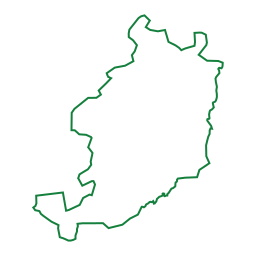 outline of Kusada, Katsina, Nigeria
{"feature_id": "59680162B88881037507986", "entity_name": "Kusada", "entity_type": "district", "adm_level": 2, "iso_a3": "NGA", "parent_name": "Nigeria", "parent_adm1": "Katsina", "projection": "natural_earth1", "projection_center": [7.948, 12.456], "detail": "fine", "context": "isolated", "style": "outline", "palette": "green", "viewbox_px": 256, "rotation_deg": 0, "n_neighbors": 0, "source": "geoboundaries", "source_scale": "gbopen_adm2", "svg_char_len": 2533}
<svg xmlns="http://www.w3.org/2000/svg" viewBox="0 0 256 256"><path d="M128.7,33.5L128.8,37.1L133.1,40.3L136.9,45.2L134.7,51.4L131.9,55.1L133.4,61.2L125.1,65.7L114.8,67.6L106.7,73.2L107.4,75.2L107.7,75.8L108.2,76.9L109.0,77.2L109.3,77.3L109.9,77.7L111.1,78.2L106.0,83.5L98.7,90.5L100.9,94.6L96.4,97.8L88.1,97.9L74.4,108.9L71.7,112.8L71.5,130.2L74.8,130.3L77.7,132.9L79.2,134.3L85.8,134.8L86.1,134.8L91.1,137.1L91.6,137.9L91.6,138.0L88.2,147.3L88.3,147.4L91.8,152.0L92.5,153.0L92.2,154.2L92.1,155.2L91.4,158.2L90.7,161.6L91.2,164.8L88.0,169.2L87.9,169.3L83.2,172.1L79.5,174.4L78.8,176.5L78.3,178.1L78.2,178.2L82.3,185.7L91.9,181.1L93.5,181.1L95.0,184.5L91.8,195.2L89.5,194.6L83.1,198.0L80.6,203.1L79.7,204.9L69.2,209.8L68.8,210.0L66.1,210.7L62.9,192.5L36.2,195.7L36.4,203.4L35.4,206.0L33.3,207.5L35.2,210.2L38.6,210.9L39.4,211.1L40.9,213.9L42.8,215.4L43.1,215.7L51.5,221.7L58.5,225.1L58.1,228.4L59.8,237.2L63.0,238.2L64.7,238.9L68.5,240.6L71.0,240.5L73.2,239.9L75.5,238.8L75.5,235.6L76.1,233.8L77.0,231.4L77.0,229.0L77.9,226.2L77.5,223.8L82.2,223.3L103.0,223.2L108.6,228.1L119.6,225.4L122.4,224.7L130.1,218.5L137.9,214.6L141.7,206.8L142.7,206.8L143.9,207.3L145.4,206.2L146.1,204.5L148.3,203.3L149.5,202.1L150.2,201.8L152.0,202.2L153.2,201.1L153.7,202.2L153.9,203.6L154.7,203.4L156.3,201.4L157.0,198.9L157.8,198.2L159.3,196.8L161.7,196.0L162.7,195.4L162.6,193.7L163.1,193.4L164.2,193.7L164.0,195.7L164.8,196.2L166.5,195.4L167.3,195.5L167.5,193.9L168.6,193.0L171.0,189.3L171.5,188.6L173.0,188.1L174.1,187.3L175.3,186.3L175.4,184.3L175.6,182.5L176.6,181.8L177.1,180.9L177.0,179.8L177.8,178.6L185.1,177.7L197.1,177.2L199.4,169.9L209.4,163.2L206.3,156.2L206.1,145.3L207.1,141.2L207.7,138.8L208.3,136.6L209.6,134.0L209.7,130.4L210.5,128.5L212.0,128.7L211.6,127.5L211.1,125.8L207.5,120.9L207.2,120.2L207.4,119.2L209.3,118.7L209.5,118.2L209.3,117.0L209.1,114.4L209.7,111.4L210.1,110.5L212.1,109.3L213.8,107.4L213.3,105.5L212.8,103.0L213.1,102.5L213.9,102.2L215.2,101.6L215.8,100.7L216.4,99.1L216.9,96.9L216.8,93.9L216.3,90.5L216.9,86.8L215.9,82.0L215.5,78.6L216.2,77.0L219.4,73.1L219.1,70.4L218.3,69.0L218.8,68.1L219.7,67.8L220.5,68.1L221.4,68.3L222.1,67.5L222.5,66.2L222.7,63.4L222.7,62.7L218.3,61.0L207.1,60.7L198.7,54.8L206.3,45.1L206.9,42.6L205.8,34.7L201.7,32.7L199.4,32.6L194.5,32.9L195.0,42.0L194.5,45.8L187.8,47.7L184.6,48.7L181.3,50.2L179.3,48.0L175.6,45.4L168.5,41.9L165.0,30.0L157.9,31.3L150.1,29.9L145.8,27.1L149.8,20.6L144.5,15.4L141.1,16.3L138.5,18.1L129.4,29.6L128.7,33.5Z" fill="none" stroke="#15803d" stroke-width="2"/></svg>